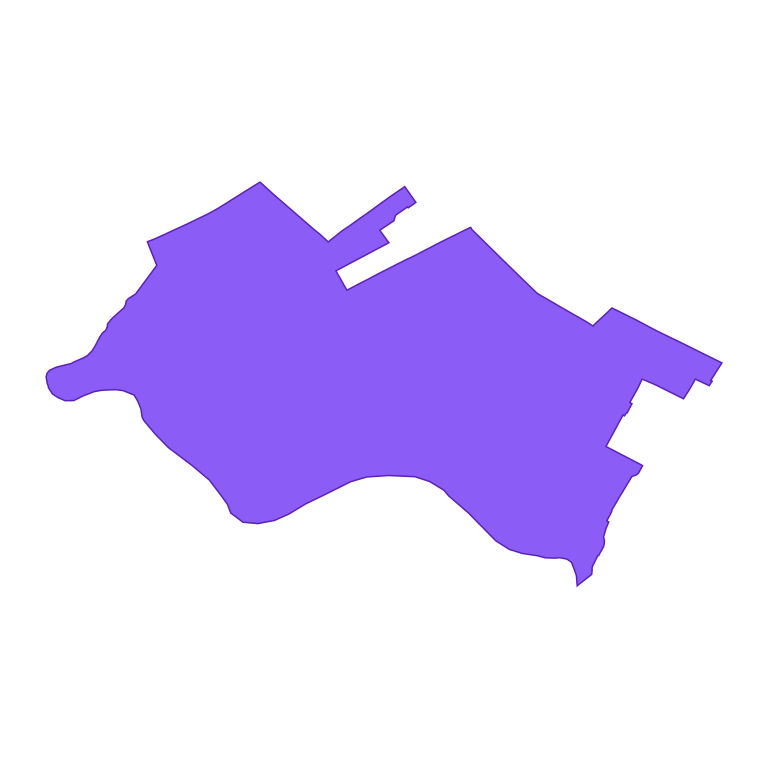 outline of Cornetu, Giurgiu, Romania
{"feature_id": "2599482B43761386306926", "entity_name": "Cornetu", "entity_type": "district", "adm_level": 2, "iso_a3": "ROU", "parent_name": "Romania", "parent_adm1": "Giurgiu", "projection": "natural_earth1", "projection_center": [25.931, 44.345], "detail": "fine", "context": "isolated", "style": "filled", "palette": "violet", "viewbox_px": 768, "rotation_deg": 0, "n_neighbors": 0, "source": "geoboundaries", "source_scale": "gbopen_adm2", "svg_char_len": 3820}
<svg xmlns="http://www.w3.org/2000/svg" viewBox="0 0 768 768"><path d="M577.2,585.8L578.5,584.7L586.2,578.7L588.0,577.3L591.7,574.4L592.2,569.8L591.9,569.4L592.3,566.7L592.6,566.1L594.6,562.1L597.8,555.6L598.6,555.6L600.0,553.0L601.5,550.4L602.4,548.7L603.4,547.0L604.1,544.5L604.5,540.9L604.0,538.9L603.6,536.7L605.7,529.8L605.6,529.6L608.7,522.0L606.8,520.8L610.5,514.0L611.7,511.4L612.0,509.7L616.1,502.8L619.7,496.5L620.6,495.2L631.9,476.5L636.3,475.0L638.5,473.2L642.6,465.6L640.6,464.5L637.2,462.7L634.6,461.4L620.3,454.0L608.7,447.9L606.0,446.5L611.0,437.2L615.9,428.2L618.6,423.1L618.8,422.7L620.9,418.9L622.9,415.3L623.0,415.0L623.9,415.7L624.4,415.9L626.6,412.7L627.1,412.9L629.3,408.8L629.4,408.5L631.6,404.4L632.0,403.7L629.8,402.5L636.6,390.4L638.9,386.0L642.1,379.1L643.6,379.7L648.0,381.6L650.9,382.8L656.6,385.3L661.6,387.9L674.5,394.3L683.5,398.8L687.7,392.2L688.0,391.9L692.5,384.2L693.5,382.5L695.3,379.1L709.3,385.7L709.9,384.6L711.0,382.9L712.2,381.1L710.7,380.5L721.9,362.9L718.7,361.3L701.2,352.7L682.8,343.5L672.0,338.3L671.4,338.0L667.9,336.3L661.1,333.0L655.5,330.2L648.8,326.7L645.3,324.8L635.7,319.7L630.6,317.2L622.5,313.2L618.2,311.0L611.9,308.0L607.6,312.2L605.7,314.0L603.4,316.1L596.2,322.8L593.7,325.2L592.9,326.0L590.2,324.2L586.2,321.6L582.6,319.6L575.8,315.7L574.0,314.7L568.1,311.3L558.7,305.9L549.3,300.4L539.4,294.7L537.2,293.3L531.1,287.5L520.5,277.2L500.4,257.6L486.5,244.0L479.0,236.5L477.7,235.3L471.8,229.5L470.7,227.4L469.4,227.9L468.6,228.3L467.9,228.6L464.1,230.5L462.8,231.1L462.1,231.5L461.4,231.8L459.9,232.6L456.7,234.2L453.6,235.7L450.4,237.3L447.3,238.8L442.3,241.3L438.7,243.1L434.5,245.3L432.2,246.5L430.0,247.7L429.4,248.0L424.8,250.3L414.9,255.5L410.4,257.7L407.0,259.2L402.3,261.6L396.3,264.6L390.7,267.5L385.1,270.3L380.2,272.8L373.5,276.3L368.8,278.8L368.7,278.9L363.8,281.4L357.8,284.5L352.1,287.5L346.9,290.2L335.9,270.8L338.6,269.4L357.3,259.5L365.6,255.1L372.9,251.2L382.0,246.4L388.9,242.7L388.6,242.3L387.4,240.7L384.3,236.5L379.8,230.2L393.9,220.8L395.6,215.2L407.0,207.3L407.5,207.0L408.2,207.8L415.9,202.4L413.3,198.7L404.9,186.9L404.7,186.6L404.5,186.8L389.9,196.8L387.2,198.8L381.0,203.2L365.8,214.3L361.4,217.3L355.5,221.5L349.9,225.6L347.6,227.1L342.1,230.8L335.5,236.1L328.2,241.9L320.0,234.3L315.0,230.3L305.7,222.3L304.1,220.9L272.1,193.1L260.2,182.2L259.0,182.7L250.5,188.0L245.0,191.4L240.0,194.6L236.3,196.9L231.8,199.7L227.0,202.8L222.1,205.8L217.8,208.5L211.0,212.3L206.6,214.6L199.1,218.2L193.1,221.1L185.6,224.7L180.9,226.9L173.8,230.1L170.0,231.9L164.0,234.7L155.8,238.4L155.2,238.7L152.7,239.7L150.3,240.6L147.4,241.7L150.4,249.4L156.8,265.4L156.5,265.8L135.6,294.0L128.2,298.7L126.2,301.2L125.5,304.9L123.9,307.8L121.3,310.2L117.9,313.1L115.7,315.2L113.5,317.1L110.7,319.9L108.8,322.4L107.9,323.5L107.4,324.8L107.2,327.1L106.5,328.7L105.6,330.2L104.9,331.2L103.5,332.0L102.0,333.5L101.1,335.2L100.4,336.1L99.8,337.0L99.1,338.4L98.0,340.4L97.4,341.6L96.8,342.7L95.7,344.9L94.8,346.6L93.6,348.3L92.4,350.5L87.4,355.6L83.5,357.8L81.7,358.6L79.0,359.8L76.7,360.8L75.3,361.4L74.2,361.9L73.8,362.0L71.4,363.5L66.8,364.6L56.2,367.2L49.5,370.3L47.1,373.2L46.1,376.9L47.3,383.8L48.3,386.1L48.4,387.6L52.4,393.9L58.2,397.7L65.1,400.7L73.7,400.6L83.1,395.9L94.3,391.6L101.7,390.3L109.4,389.9L116.2,389.7L123.3,390.7L134.1,395.0L137.8,401.2L141.0,409.2L142.0,416.6L143.5,420.0L147.8,425.3L155.3,434.2L168.4,447.6L192.1,465.5L209.4,480.1L221.7,496.3L227.5,504.4L230.7,513.0L243.0,522.2L257.8,523.6L274.6,520.4L289.3,513.8L305.6,503.9L323.6,495.2L350.6,481.7L366.7,477.0L388.4,475.5L415.0,476.7L429.6,481.5L444.0,490.3L448.8,496.0L468.5,513.0L495.9,540.9L509.5,549.5L522.6,553.5L537.2,555.7L545.2,557.8L555.0,558.1L560.1,557.7L566.9,559.1L571.4,562.2L573.6,567.6L576.4,575.6L577.2,585.8Z" fill="#8b5cf6" stroke="#5b21b6" stroke-width="1.5"/></svg>